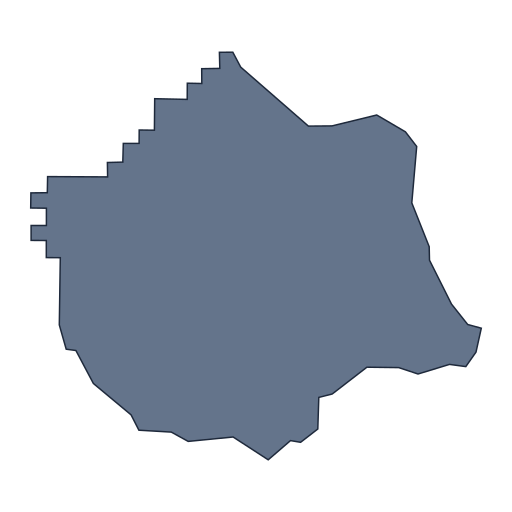 outline of Pierce, Georgia, United States of America
{"feature_id": "52423323B19551708928957", "entity_name": "Pierce", "entity_type": "district", "adm_level": 2, "iso_a3": "USA", "parent_name": "United States of America", "parent_adm1": "Georgia", "projection": "orthographic", "projection_center": [-82.235, 31.366], "detail": "fine", "context": "isolated", "style": "filled", "palette": "slate", "viewbox_px": 512, "rotation_deg": 0, "n_neighbors": 0, "source": "geoboundaries", "source_scale": "gbopen_adm2", "svg_char_len": 828}
<svg xmlns="http://www.w3.org/2000/svg" viewBox="0 0 512 512"><path d="M171.3,432.1L188.2,441.4L233.1,437.0L268.2,459.8L290.5,440.6L300.6,442.3L317.8,429.0L318.8,397.4L332.2,394.0L366.9,367.2L398.7,367.6L418.0,374.0L449.5,364.4L465.8,366.6L476.0,352.1L481.3,328.2L467.7,324.5L451.5,304.1L429.5,260.2L429.2,246.7L411.8,202.9L416.7,146.5L405.4,131.8L376.7,115.0L332.0,125.9L308.4,126.1L240.7,67.1L232.8,52.2L219.4,52.3L219.8,68.4L201.7,68.7L201.8,83.5L187.3,83.2L187.2,99.4L154.7,98.7L154.4,130.2L139.2,130.0L139.1,143.4L123.3,143.4L122.8,162.1L107.4,162.5L107.6,176.9L47.6,176.6L47.3,192.7L30.9,192.9L30.7,208.0L46.4,208.2L46.4,225.5L31.1,225.5L31.1,240.4L46.3,240.5L46.3,257.6L60.3,257.7L59.3,324.9L66.2,349.2L75.9,350.5L93.4,383.5L131.1,414.9L138.9,430.2L171.3,432.1Z" fill="#64748b" stroke="#1e293b" stroke-width="1.5"/></svg>